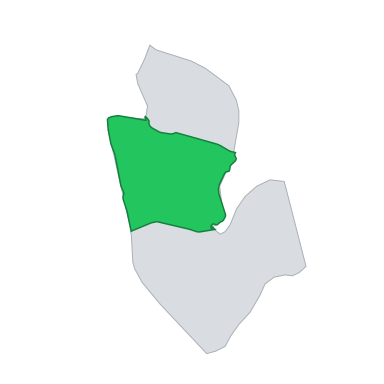 Tadjourah on a map of Djibouti (Equal Earth projection), rotated 320°
{"feature_id": "DJI-1571", "entity_name": "Tadjourah", "entity_type": "Region", "adm_level": 1, "iso_a3": "DJI", "parent_name": "Djibouti", "parent_adm1": "", "projection": "equal_earth", "projection_center": [42.622, 12.035], "detail": "fine", "context": "in_parent", "style": "filled", "palette": "green", "viewbox_px": 384, "rotation_deg": 320, "n_neighbors": 0, "source": "natural_earth", "source_scale": "10m", "svg_char_len": 1783}
<svg xmlns="http://www.w3.org/2000/svg" viewBox="0 0 384 384"><g transform="rotate(320 192 192)"><path d="M269.4,243.2L259.3,264.4L246.3,291.5L231.5,322.3L222.3,322.6L215.1,320.8L210.2,315.5L200.0,309.9L188.6,309.5L177.7,314.8L159.3,321.4L142.6,323.6L129.2,327.2L118.1,331.6L108.0,329.2L99.4,325.3L97.5,292.5L95.5,257.0L95.7,229.1L98.8,213.8L101.5,207.8L117.3,186.7L122.7,178.1L140.7,143.0L156.1,113.0L167.6,90.6L171.1,86.2L176.0,82.0L179.4,83.2L201.8,104.8L205.7,104.2L213.2,97.5L220.0,74.4L224.7,66.0L226.8,66.2L241.1,59.7L254.1,52.4L255.8,60.0L275.5,91.0L281.9,106.3L288.5,134.2L285.1,149.8L280.0,160.0L272.4,169.0L246.1,191.2L216.9,205.4L198.3,233.7L184.4,231.8L186.5,242.5L191.7,243.7L199.8,241.7L215.8,233.4L230.1,229.5L245.5,229.2L259.5,232.8L269.4,243.2Z" fill="#d9dde1" stroke="#a8b0b8" stroke-width="1"/><path d="M120.2,183.0L129.9,164.8L134.7,153.1L136.0,151.3L138.7,149.5L139.7,147.5L141.4,141.8L157.1,113.6L160.7,103.2L167.7,90.7L173.8,82.1L175.8,81.6L179.0,82.7L184.4,85.9L202.7,107.4L204.3,104.4L204.8,104.2L205.1,106.8L204.8,109.9L203.2,111.7L202.8,112.5L202.4,113.4L202.2,114.6L202.3,115.8L202.5,117.0L205.3,124.5L205.9,125.6L206.8,126.9L212.6,133.5L213.7,134.4L214.9,135.1L217.9,136.2L242.1,171.7L243.5,174.5L246.8,184.0L247.8,185.9L250.6,189.7L249.4,190.3L248.6,191.0L248.1,192.1L247.6,194.3L247.0,195.2L245.4,196.0L239.0,196.4L237.3,197.2L235.5,198.9L233.8,199.9L230.6,198.4L228.4,198.9L217.4,204.0L214.4,206.5L211.6,210.3L203.4,230.2L202.7,231.5L201.5,232.4L197.9,233.8L196.8,233.9L194.0,233.2L190.9,233.3L189.9,233.2L189.3,232.6L188.2,230.5L187.5,229.9L185.0,230.2L183.6,231.5L183.6,232.6L185.1,232.1L185.6,235.5L172.0,227.4L170.2,225.6L166.0,218.8L146.0,192.1L141.1,189.5L122.1,183.5L120.2,183.0Z" fill="#22c55e" stroke="#15803d" stroke-width="1.5"/></g></svg>